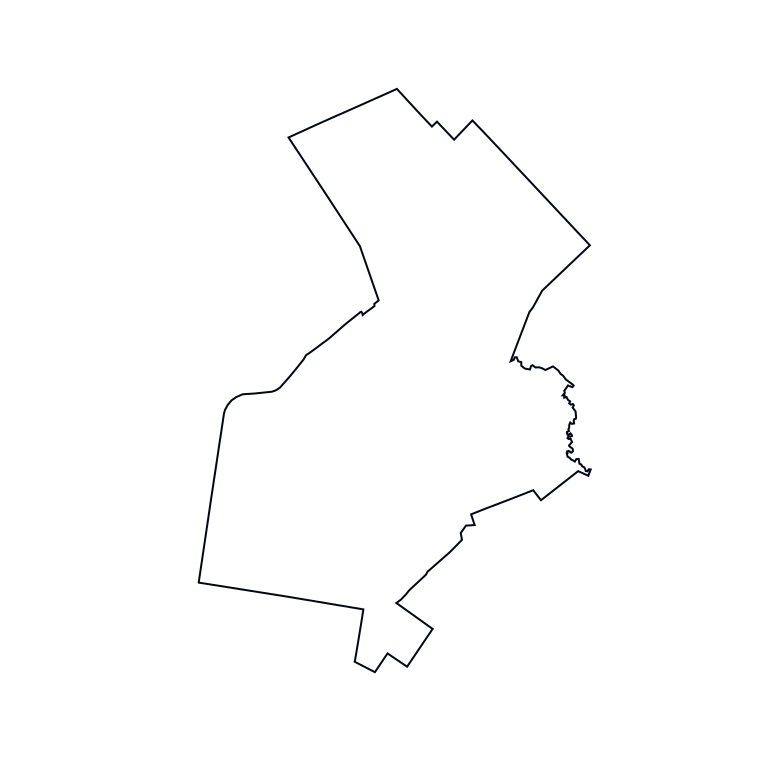 Putineiu, Teleorman, Romania (orthographic projection), rotated 341°
{"feature_id": "2599482B88222276928350", "entity_name": "Putineiu", "entity_type": "district", "adm_level": 2, "iso_a3": "ROU", "parent_name": "Romania", "parent_adm1": "Teleorman", "projection": "orthographic", "projection_center": [24.984, 43.91], "detail": "fine", "context": "isolated", "style": "outline", "palette": "ink", "viewbox_px": 768, "rotation_deg": 341, "n_neighbors": 0, "source": "geoboundaries", "source_scale": "gbopen_adm2", "svg_char_len": 2506}
<svg xmlns="http://www.w3.org/2000/svg" viewBox="0 0 768 768"><g transform="rotate(341 384 384)"><path d="M350.3,631.4L347.0,626.9L339.5,616.3L324.4,595.1L329.8,593.4L336.2,590.1L340.6,587.3L361.5,578.0L364.0,575.7L391.8,564.3L407.0,556.7L408.0,549.9L415.4,544.6L423.8,546.9L423.9,535.6L439.4,534.9L463.7,534.1L490.5,533.0L494.3,544.2L494.6,545.0L539.2,529.6L547.3,537.3L551.6,532.1L549.8,531.3L548.0,532.8L546.5,532.0L546.4,528.2L544.7,526.5L544.3,524.3L542.8,523.0L543.7,518.4L541.5,517.6L539.2,519.5L537.7,517.5L536.5,516.6L535.5,514.2L533.9,512.5L534.2,509.0L535.1,509.0L535.1,507.4L536.7,507.3L537.8,508.4L537.9,509.4L538.8,509.9L540.7,509.1L541.2,507.5L541.2,506.4L539.3,503.9L538.9,502.8L539.0,502.3L540.4,501.5L542.9,500.1L542.6,496.6L541.1,496.3L540.5,495.9L539.9,495.0L541.0,493.8L541.8,493.9L543.2,494.5L544.9,494.3L545.0,493.8L544.3,491.4L541.8,492.2L541.0,491.7L541.2,490.7L541.0,489.7L541.4,488.9L543.6,488.7L543.6,487.0L545.0,485.3L545.8,483.0L547.5,481.1L548.5,482.8L550.9,483.2L551.6,480.0L552.6,479.1L553.9,479.4L554.8,478.1L556.2,472.2L554.7,467.7L556.5,466.0L556.1,464.4L553.9,464.4L552.8,462.6L554.3,461.1L552.7,458.7L552.4,455.9L549.9,455.6L550.1,455.0L551.0,454.6L551.0,453.3L549.4,452.9L552.1,451.2L552.2,449.2L557.5,445.3L561.0,448.3L562.8,447.4L562.8,446.8L557.4,438.9L556.0,434.3L554.3,432.1L553.2,428.0L549.5,422.4L541.1,423.3L538.5,420.5L536.1,418.7L532.6,417.7L530.6,414.6L528.7,415.1L526.8,417.8L522.2,415.3L519.8,411.5L520.9,408.0L518.3,406.3L518.2,401.9L516.4,401.4L514.5,403.4L511.2,403.7L522.0,390.7L544.9,363.3L549.7,360.1L564.0,347.2L611.1,325.7L623.8,319.9L621.0,313.5L616.9,304.5L590.9,246.5L571.2,202.6L566.3,191.8L561.2,180.5L553.4,163.6L529.8,175.8L519.5,153.2L513.1,156.2L507.9,144.7L506.7,142.1L498.5,123.5L492.3,109.2L438.9,113.9L425.5,115.0L407.5,116.6L395.0,117.8L374.0,119.8L391.4,187.6L406.1,245.9L406.2,303.2L400.9,305.1L400.4,307.2L395.5,308.8L391.3,310.0L386.3,311.8L386.5,310.1L386.1,308.3L385.0,308.3L384.2,308.7L367.4,314.7L346.4,323.2L323.3,330.5L319.7,331.3L316.0,334.6L306.2,340.8L297.4,346.2L284.4,353.6L279.6,354.8L275.5,354.8L258.7,350.9L247.0,347.7L239.9,348.3L234.6,349.8L229.4,352.9L225.1,356.9L223.0,360.0L212.2,380.7L210.9,383.1L201.7,400.8L187.8,427.4L181.2,440.0L177.5,447.2L172.0,457.8L144.2,511.3L144.2,511.5L223.0,553.4L271.6,579.8L291.1,590.4L286.9,598.4L275.1,620.3L267.1,635.0L265.8,637.0L267.7,639.0L281.6,653.5L299.6,639.9L313.8,658.8L322.9,652.0L343.7,636.3L350.3,631.4Z" fill="none" stroke="#020617" stroke-width="2"/></g></svg>